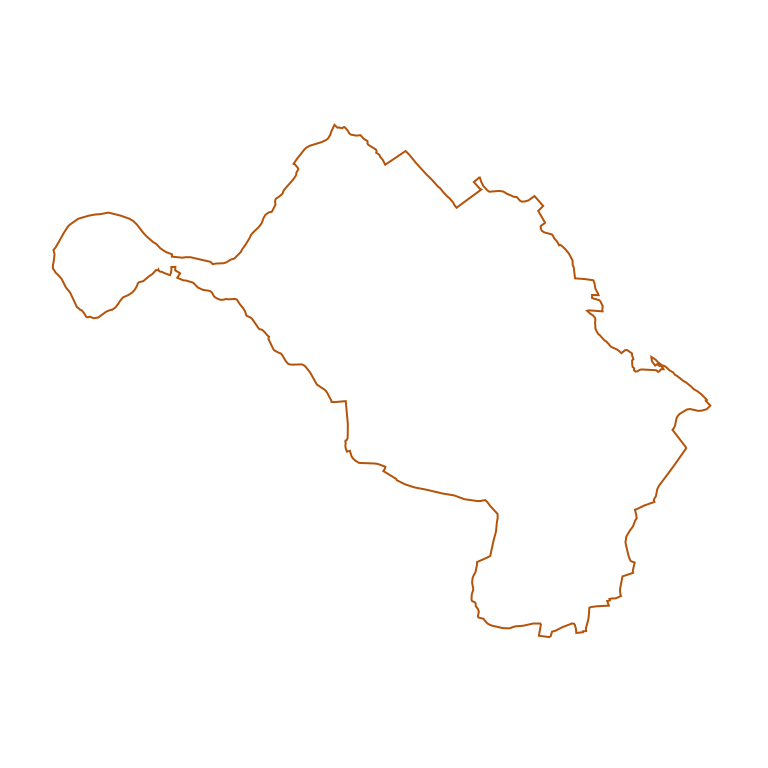 Viisoara, Cluj, Romania, rotated 177°
{"feature_id": "2599482B98058077803275", "entity_name": "Viisoara", "entity_type": "district", "adm_level": 2, "iso_a3": "ROU", "parent_name": "Romania", "parent_adm1": "Cluj", "projection": "robinson", "projection_center": [23.931, 46.57], "detail": "fine", "context": "isolated", "style": "outline", "palette": "amber", "viewbox_px": 768, "rotation_deg": 177, "n_neighbors": 0, "source": "geoboundaries", "source_scale": "gbopen_adm2", "svg_char_len": 6137}
<svg xmlns="http://www.w3.org/2000/svg" viewBox="0 0 768 768"><g transform="rotate(177 384 384)"><path d="M419.9,645.4L423.2,639.3L424.6,635.8L426.7,632.5L427.7,631.6L429.1,630.7L433.7,628.8L445.3,625.9L448.8,624.3L451.0,622.6L459.1,613.4L462.8,608.6L461.2,607.7L458.3,603.6L458.4,602.9L460.4,599.6L460.7,597.6L461.6,596.0L463.9,593.1L473.8,582.9L475.5,579.3L478.8,576.7L482.4,574.6L483.0,573.1L483.2,571.2L483.0,568.8L486.8,562.2L487.2,561.8L489.9,561.5L493.4,559.3L495.5,556.3L497.5,551.5L498.4,550.1L500.8,547.3L506.9,542.1L509.0,539.9L510.8,536.4L515.6,529.6L518.8,525.6L519.9,523.5L526.9,517.1L530.4,516.3L535.0,513.8L537.7,513.0L545.0,513.1L549.0,512.7L550.2,514.5L551.3,515.2L570.9,520.8L575.2,521.0L578.8,520.7L589.2,522.3L588.9,524.3L589.0,524.7L594.5,527.0L597.4,529.0L600.3,531.3L603.9,535.6L607.0,537.7L611.3,541.8L614.5,545.1L617.2,548.6L622.6,556.4L626.2,560.2L629.9,562.5L638.1,565.9L650.3,569.6L658.2,568.5L664.4,568.3L670.2,567.5L680.0,565.2L681.4,564.6L689.5,559.5L690.9,558.3L693.3,555.2L695.5,552.1L704.6,537.8L707.1,535.1L706.2,530.9L707.5,523.2L708.3,520.5L708.7,517.0L705.8,512.0L703.5,509.7L700.4,505.7L696.5,496.9L692.6,491.6L686.6,476.8L684.9,475.5L683.8,474.2L681.8,473.2L680.4,471.3L677.6,466.4L676.1,466.1L674.4,466.7L670.7,465.0L669.8,464.9L665.9,465.4L657.4,470.9L652.8,472.4L651.7,472.3L648.2,474.5L645.1,478.1L643.2,480.8L640.6,483.7L639.8,484.3L634.9,486.1L630.8,488.4L628.1,491.0L626.0,494.1L624.5,497.4L623.5,498.4L619.0,499.3L613.0,503.9L609.3,506.1L605.7,509.7L603.7,509.4L603.3,510.0L603.1,509.1L601.9,508.0L599.9,507.6L597.7,506.3L591.9,503.9L590.8,506.6L590.3,509.5L590.3,511.9L586.2,511.9L586.6,508.5L581.8,505.2L584.9,500.9L578.6,497.9L576.4,497.7L569.8,495.4L568.6,494.4L564.7,490.0L559.7,487.4L553.0,486.1L551.0,484.4L549.5,481.0L548.8,480.0L546.7,478.4L543.4,476.8L542.3,476.6L539.9,476.6L536.8,477.2L535.3,476.7L528.2,476.7L526.5,476.0L524.2,471.9L520.2,466.3L519.0,463.9L517.9,459.8L517.4,459.2L513.7,457.3L512.2,455.8L506.0,445.7L505.5,445.3L502.8,444.5L500.1,441.6L498.1,438.8L496.3,437.3L497.0,435.8L496.9,434.7L492.9,425.1L492.0,423.5L488.4,421.2L485.3,419.8L484.6,419.0L480.9,412.0L478.9,409.4L477.1,408.5L474.7,408.1L465.0,407.9L463.2,407.0L461.4,405.4L457.3,399.6L451.0,386.9L443.2,381.1L442.0,379.5L441.1,378.0L437.4,370.0L437.4,368.9L434.5,368.5L423.1,368.9L422.2,345.8L423.0,333.7L423.3,331.5L424.3,329.8L425.3,329.6L425.6,329.0L425.4,326.6L425.8,324.8L425.7,322.2L424.6,318.4L421.6,319.1L420.2,313.6L418.9,311.3L416.5,308.8L413.0,306.5L397.6,305.1L394.4,304.5L387.0,301.3L387.4,299.6L389.2,297.1L376.7,288.5L376.4,287.4L375.8,287.0L368.6,282.9L361.0,279.9L358.4,279.0L347.1,276.2L331.0,271.5L319.8,269.1L309.9,264.8L296.8,262.2L293.6,262.1L289.1,262.8L287.0,260.7L284.3,256.6L277.4,248.3L277.5,244.1L278.4,240.6L279.9,230.8L282.7,222.2L286.9,206.8L289.5,205.5L300.4,201.3L300.6,198.6L302.4,191.5L304.6,188.0L305.7,185.5L306.4,181.1L305.6,174.7L305.7,173.6L307.1,170.2L307.5,168.3L307.9,164.1L307.4,162.6L304.9,161.4L304.2,160.7L304.0,160.1L304.0,157.4L301.9,154.3L301.2,151.5L302.4,147.4L302.1,146.2L301.7,145.8L297.1,144.4L293.5,139.7L291.8,138.5L288.8,137.0L278.0,134.0L271.7,133.4L265.7,135.1L257.6,135.3L247.6,137.0L240.5,136.6L239.9,135.6L242.5,124.5L232.2,122.6L230.8,123.4L229.1,127.9L225.8,128.6L218.7,131.8L208.8,135.0L206.9,134.7L206.1,133.7L205.1,129.2L205.0,125.3L198.4,125.7L198.4,126.6L195.1,126.7L195.1,129.7L192.8,136.5L191.8,140.5L190.6,149.9L188.5,150.5L182.8,150.9L171.0,150.9L172.5,155.6L169.7,156.0L169.5,156.5L170.0,157.5L168.3,157.9L163.8,157.8L158.4,159.9L158.8,161.2L159.2,164.5L158.9,167.3L155.9,179.4L145.1,182.4L145.3,182.9L145.3,184.7L143.0,192.6L146.6,194.1L147.5,195.5L148.9,200.1L151.0,211.9L151.1,213.6L150.1,218.5L149.4,219.9L145.5,225.6L142.8,228.8L140.2,234.7L138.7,236.6L139.0,240.5L140.0,245.3L138.2,245.8L130.3,249.1L120.1,252.1L120.6,254.1L120.4,254.8L118.3,257.8L116.6,264.7L114.8,267.9L99.4,286.4L85.6,304.0L85.8,304.9L87.1,306.9L98.3,323.1L96.5,325.3L95.5,327.3L93.7,334.4L92.6,336.3L90.6,338.5L82.8,342.7L79.6,343.0L71.6,340.7L68.0,340.8L63.2,341.9L60.1,344.5L59.3,345.5L63.5,350.3L62.4,351.1L67.2,356.7L71.3,360.3L75.0,362.6L77.4,365.4L82.9,370.3L84.2,370.8L90.9,376.7L92.8,377.8L94.6,380.4L97.6,382.3L101.6,386.3L102.6,387.1L105.5,388.2L109.3,391.5L111.4,394.0L115.6,397.0L115.3,392.9L112.3,388.2L110.1,389.5L109.1,388.7L107.9,389.3L107.7,388.9L108.3,387.9L107.8,387.6L107.0,388.0L106.3,387.4L104.7,385.6L104.1,384.1L106.3,384.3L107.7,383.3L108.2,382.4L109.3,381.8L110.1,382.0L111.0,383.3L112.1,383.6L125.5,385.0L127.5,384.9L130.6,383.3L132.1,383.3L132.9,383.8L133.6,384.7L133.3,386.6L134.8,387.9L135.1,390.2L135.0,394.6L133.6,395.7L134.6,399.0L134.9,401.7L139.3,405.1L140.0,405.3L141.6,405.1L145.4,402.4L147.5,404.7L149.7,406.4L155.1,409.1L156.6,410.7L157.7,412.5L158.8,413.5L159.1,414.2L161.7,416.2L165.9,421.4L167.2,422.5L168.6,424.9L170.0,428.2L169.9,432.0L170.1,433.9L169.5,436.8L169.8,439.0L171.7,441.6L174.0,443.1L177.3,446.5L175.2,446.8L161.9,445.1L162.1,447.3L161.5,450.4L163.7,455.4L164.5,456.4L171.7,458.9L171.6,462.0L165.1,461.5L165.8,463.6L167.9,468.2L168.5,473.3L169.4,476.4L169.7,476.7L178.1,478.3L187.7,479.5L188.4,490.5L189.4,493.3L189.2,497.4L192.5,504.5L195.9,509.2L198.9,512.3L200.5,513.6L202.0,513.3L202.3,514.5L204.1,517.8L206.5,520.7L207.1,522.4L208.5,524.6L216.0,527.0L218.4,528.8L219.2,530.8L219.4,533.1L218.7,534.0L215.0,536.2L214.8,536.8L220.9,548.8L215.7,553.5L223.9,563.8L230.1,559.8L234.0,558.9L236.8,558.9L238.6,559.9L241.4,563.6L245.5,564.5L246.6,565.3L251.2,567.5L254.7,569.9L258.7,570.8L268.7,570.5L270.5,571.8L274.3,576.4L276.3,580.8L277.5,585.2L278.1,585.2L283.7,581.0L278.2,574.2L276.7,573.1L302.4,556.2L304.7,559.6L305.3,561.5L309.2,566.4L310.9,567.9L314.2,571.7L317.7,576.6L319.4,577.9L325.5,585.5L331.1,591.6L339.8,602.2L347.2,612.2L350.3,615.5L371.3,602.9L373.6,608.1L376.0,611.3L376.6,613.0L378.1,614.3L379.7,615.3L379.2,617.1L379.8,618.6L387.2,623.7L387.9,625.0L387.7,627.1L388.0,627.6L391.7,630.2L394.4,633.7L398.6,633.5L403.8,634.7L405.6,636.1L406.9,638.9L409.8,642.5L410.5,642.7L412.6,641.6L415.4,642.5L417.1,642.4L419.9,645.4Z" fill="none" stroke="#b45309" stroke-width="2"/></g></svg>